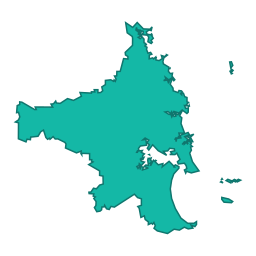 Whangarei District, Northland, New Zealand (orthographic projection)
{"feature_id": "76426892B88537535922351", "entity_name": "Whangarei District", "entity_type": "district", "adm_level": 2, "iso_a3": "NZL", "parent_name": "New Zealand", "parent_adm1": "Northland", "projection": "orthographic", "projection_center": [174.414, -35.694], "detail": "fine", "context": "isolated", "style": "filled", "palette": "teal", "viewbox_px": 256, "rotation_deg": 0, "n_neighbors": 0, "source": "geoboundaries", "source_scale": "gbopen_adm2", "svg_char_len": 5879}
<svg xmlns="http://www.w3.org/2000/svg" viewBox="0 0 256 256"><path d="M19.7,104.5L17.2,105.6L16.6,112.7L18.5,112.3L19.8,116.9L18.5,119.9L15.4,122.0L18.5,122.8L18.4,138.8L26.0,141.9L27.0,139.2L30.4,139.7L30.7,137.1L38.0,136.3L40.7,131.8L43.5,130.1L45.9,137.5L47.6,139.3L49.4,138.2L50.0,139.3L53.1,136.6L55.2,139.0L57.9,138.9L64.9,142.4L66.0,144.0L65.5,148.0L76.5,152.9L81.2,151.1L80.9,153.5L81.7,154.7L81.6,153.3L89.6,153.6L89.6,159.7L91.7,159.7L91.5,161.2L93.0,161.9L88.7,164.6L99.6,170.9L99.6,175.4L103.0,176.1L103.2,184.0L99.6,185.1L96.4,188.8L93.5,188.2L91.0,192.0L88.9,192.2L89.1,193.6L93.8,193.9L93.2,196.1L95.3,196.9L93.8,198.5L96.1,201.6L95.9,205.6L94.4,207.5L96.8,211.7L100.1,211.1L101.6,209.8L101.9,207.0L104.1,206.9L104.6,205.3L106.5,208.8L109.2,209.5L111.0,206.4L114.4,207.1L134.4,194.2L137.6,197.6L141.4,198.8L141.4,205.3L137.8,206.5L139.2,208.3L140.9,217.4L144.3,215.9L145.2,219.5L148.4,221.9L148.3,224.6L151.4,223.2L152.6,224.2L153.9,222.5L155.3,225.8L154.0,228.3L157.3,230.9L167.5,233.5L174.1,229.2L179.4,230.1L184.3,227.2L188.2,228.9L192.9,228.1L191.1,225.1L194.9,226.6L196.5,224.5L196.5,221.6L194.0,223.3L187.7,223.3L180.9,218.1L175.3,208.5L171.6,198.5L170.3,188.9L171.6,180.2L173.8,173.9L178.9,168.2L178.9,166.6L175.4,164.9L174.0,166.0L174.7,167.0L173.3,167.0L174.3,166.6L169.1,161.3L162.3,166.8L162.9,163.6L158.3,164.8L153.5,160.2L150.5,165.9L151.0,163.6L149.9,163.3L152.0,161.3L150.5,160.3L151.1,158.1L149.8,158.8L148.3,158.4L147.7,160.0L148.5,165.5L145.9,165.0L144.3,166.3L144.4,166.8L146.6,167.3L147.7,167.8L147.8,168.2L142.6,169.9L143.3,167.3L140.4,166.3L140.4,169.6L139.7,166.3L138.0,168.5L136.8,166.5L139.0,165.5L139.3,163.7L141.2,165.7L144.4,162.1L141.4,161.3L140.4,159.2L141.3,158.9L141.1,158.4L141.4,157.9L141.5,157.7L141.3,159.3L142.9,159.5L144.0,157.3L142.6,157.6L142.6,155.7L144.4,153.9L141.3,152.4L142.4,150.5L138.9,150.9L139.1,149.6L138.7,150.6L137.5,150.9L137.4,152.3L136.7,152.3L137.5,150.8L138.7,150.3L138.5,148.4L140.3,146.0L146.6,145.2L145.9,139.4L143.0,139.8L145.1,138.0L148.8,140.1L146.9,142.6L149.4,144.8L147.3,148.2L148.8,150.0L152.7,144.8L158.2,150.7L166.6,155.3L163.4,151.3L167.7,150.9L169.7,148.3L174.3,148.8L174.7,150.8L170.6,151.7L172.0,153.9L169.7,154.5L174.9,154.6L176.8,153.1L180.0,159.4L177.4,161.8L178.3,164.0L184.4,163.2L186.2,165.7L186.8,168.6L184.4,170.0L185.7,173.1L186.5,171.3L191.3,172.9L199.0,170.9L192.5,161.8L189.7,153.1L191.4,150.2L190.6,147.0L192.3,146.5L190.4,144.6L191.4,143.4L190.3,142.1L192.8,141.7L190.4,137.2L193.8,134.2L187.0,136.5L190.5,138.8L188.7,140.0L190.0,140.7L186.9,141.8L187.9,143.3L187.5,143.8L186.3,142.4L184.3,144.2L184.3,142.4L182.1,144.5L184.3,141.9L186.0,142.1L187.9,139.5L184.7,136.6L189.4,134.7L188.1,132.5L180.1,135.3L180.9,137.9L175.7,138.6L176.5,139.9L176.3,140.2L176.1,140.3L176.2,140.9L175.8,141.6L176.1,140.3L176.3,139.9L175.1,139.3L175.9,137.9L178.9,138.1L179.4,137.2L177.9,136.5L179.8,136.4L178.9,133.1L184.6,133.2L181.0,123.5L181.8,117.8L179.6,115.8L182.2,110.9L177.9,114.7L175.5,114.0L175.9,116.1L174.1,116.5L173.0,114.7L171.8,116.9L170.8,114.1L170.7,115.0L170.4,113.9L169.1,114.5L165.1,112.0L167.9,111.5L170.6,113.4L171.5,112.0L171.8,114.5L173.8,111.4L175.8,112.0L174.3,112.4L174.3,114.2L175.8,112.7L179.1,112.8L182.2,110.0L186.9,113.5L188.2,112.2L188.3,108.1L185.6,108.4L184.5,105.5L188.2,106.0L186.3,104.8L188.5,102.4L187.0,101.9L187.0,97.5L184.7,96.7L183.4,93.2L181.7,93.2L181.7,94.8L180.5,93.7L182.3,91.9L181.5,90.9L179.0,90.5L178.0,92.6L173.2,90.8L173.0,88.1L170.2,84.2L172.2,79.1L168.3,80.8L169.1,81.5L168.9,82.3L168.4,82.7L167.5,80.1L163.6,80.6L165.9,79.1L165.3,77.2L168.8,79.9L171.8,77.8L173.8,80.7L174.8,79.7L172.0,76.1L172.5,73.2L170.3,73.6L168.4,71.3L168.9,67.2L163.4,63.9L162.9,61.4L164.3,56.4L161.4,55.5L162.3,58.6L159.1,60.6L156.0,60.0L155.7,57.0L153.6,58.9L152.7,57.9L149.2,58.8L149.3,55.1L151.8,54.2L150.6,52.4L148.0,53.2L146.5,49.4L147.0,47.3L145.0,46.1L145.6,43.5L144.0,42.7L144.0,39.1L142.1,36.9L140.1,38.7L138.2,37.3L141.5,35.8L141.7,34.2L139.9,35.3L139.4,33.3L138.2,34.8L138.8,32.4L135.9,30.0L136.5,27.4L137.1,29.7L138.4,29.9L137.9,30.9L138.8,30.1L140.9,30.2L139.1,30.8L140.5,33.2L141.8,30.9L143.3,31.4L142.9,34.7L147.5,35.2L148.7,37.3L147.9,41.7L151.2,43.5L152.3,42.3L151.0,40.5L153.3,38.3L151.3,34.9L147.0,34.2L146.3,31.8L149.2,30.0L151.2,30.6L152.1,26.9L150.0,29.2L143.4,28.9L137.2,22.5L132.7,27.4L125.7,22.7L127.2,32.8L132.3,36.5L132.6,38.6L132.5,45.4L125.2,52.4L125.5,55.0L127.9,56.5L127.9,59.0L123.6,58.6L120.2,71.4L116.9,71.4L116.7,75.9L114.5,76.0L116.1,79.1L115.3,81.3L114.1,79.9L113.6,81.3L110.8,79.8L105.4,80.4L105.4,84.6L101.8,86.9L102.7,90.8L100.7,92.5L97.9,92.7L97.9,89.7L94.2,89.7L94.8,91.9L91.4,91.8L91.4,93.1L80.0,92.5L81.4,96.3L73.5,100.4L67.5,98.6L60.2,103.4L56.4,103.0L55.7,101.1L53.5,103.8L51.0,104.1L52.7,107.1L35.2,107.0L36.3,109.5L34.7,109.6L21.9,102.2L19.7,101.9L19.7,104.5ZM228.7,199.0L221.8,197.4L221.8,199.4L224.0,202.2L231.5,202.7L232.7,201.5L228.7,199.0ZM227.8,179.3L226.1,180.6L230.8,182.9L231.2,180.6L227.8,179.3ZM231.4,61.8L229.7,62.0L230.8,68.0L232.8,65.4L231.4,61.8ZM234.4,179.4L232.0,181.0L232.4,182.1L233.5,181.0L235.6,181.9L236.1,180.2L234.4,179.4ZM231.1,68.9L231.3,70.5L230.0,71.2L230.9,72.9L233.1,70.4L231.1,68.9ZM240.6,180.2L238.3,179.3L236.3,180.9L237.3,181.9L240.6,180.2ZM223.0,182.9L221.4,181.3L220.6,182.0L223.0,182.9ZM167.4,55.1L166.4,54.6L166.3,55.5L165.5,55.8L165.3,56.7L167.4,55.1ZM222.0,178.6L221.6,179.3L222.4,179.2L222.0,178.6ZM189.2,105.4L188.9,106.3L189.4,106.1L189.2,105.4ZM156.1,160.6L154.9,160.0L156.0,160.7L156.1,160.6ZM232.2,73.5L231.5,72.9L231.5,73.8L232.2,73.5ZM149.4,158.4L150.5,158.1L149.2,158.3L149.4,158.4ZM151.9,34.5L151.6,33.9L151.1,34.3L151.9,34.5ZM170.0,68.4L169.4,68.9L170.0,68.6L170.0,68.4ZM149.6,154.9L149.5,154.5L149.1,154.6L149.6,154.9ZM156.9,57.7L156.6,57.6L156.0,57.7L156.9,57.7ZM146.3,44.5L146.4,44.8L146.9,44.9L146.3,44.5Z" fill="#14b8a6" stroke="#0f766e" stroke-width="1.5"/></svg>